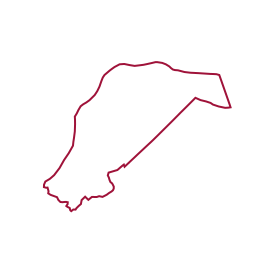 the district of Guaíra, Paraná, Brazil, rotated 47°
{"feature_id": "56859067B14850541028605", "entity_name": "Guaíra", "entity_type": "district", "adm_level": 2, "iso_a3": "BRA", "parent_name": "Brazil", "parent_adm1": "Paraná", "projection": "natural_earth1", "projection_center": [-54.219, -24.193], "detail": "fine", "context": "isolated", "style": "outline", "palette": "rose", "viewbox_px": 256, "rotation_deg": 47, "n_neighbors": 0, "source": "geoboundaries", "source_scale": "gbopen_adm2", "svg_char_len": 1624}
<svg xmlns="http://www.w3.org/2000/svg" viewBox="0 0 256 256"><g transform="rotate(47 128 128)"><path d="M151.5,25.1L149.0,26.6L146.7,28.8L144.4,31.1L136.0,39.0L130.1,44.7L125.6,48.5L119.9,52.1L117.6,54.2L115.8,55.3L113.5,55.7L111.2,55.8L107.2,56.9L103.7,58.6L99.9,61.6L98.5,63.1L96.4,66.8L93.8,71.2L92.4,73.5L90.9,75.6L88.2,79.3L87.1,80.8L83.1,83.9L78.6,87.1L75.7,90.7L74.2,96.3L73.7,100.2L73.5,102.3L73.2,109.1L73.9,112.0L75.4,115.2L78.3,120.7L80.1,125.4L81.2,129.9L81.4,137.2L80.9,141.1L80.1,144.6L79.8,147.8L81.0,151.9L82.4,155.5L83.4,159.1L85.8,161.1L89.1,164.1L94.3,169.3L98.2,174.0L100.8,177.3L103.4,180.3L106.0,188.5L107.8,196.5L110.6,205.4L112.1,214.2L111.9,219.8L110.8,225.0L112.2,228.1L113.9,229.8L115.9,228.6L116.7,227.5L120.0,229.2L121.4,230.9L124.1,230.2L130.2,227.1L133.1,228.0L136.0,227.9L137.6,226.5L138.7,225.0L139.8,223.7L141.2,222.7L142.5,224.1L143.0,226.3L144.3,226.1L146.7,225.2L148.8,226.3L150.1,226.2L150.3,223.6L151.9,222.0L151.5,220.5L151.4,218.3L151.4,216.5L151.5,214.3L149.1,211.1L149.0,206.2L153.5,206.0L153.8,201.4L157.1,198.0L158.2,195.6L161.0,193.6L161.7,191.2L162.3,189.1L162.6,186.2L163.2,183.4L163.3,181.5L162.6,179.8L161.2,178.4L159.3,177.8L157.7,177.4L155.5,177.7L153.3,176.9L151.2,175.8L148.9,175.1L147.4,172.6L151.5,164.4L151.7,158.6L151.9,156.0L154.0,156.9L153.9,139.2L153.9,128.4L153.9,118.2L153.8,114.3L153.1,91.3L153.0,88.6L152.8,83.9L152.6,79.2L152.5,75.4L152.4,71.8L152.3,68.9L152.0,60.3L151.9,58.1L157.1,55.9L161.8,52.8L166.0,50.5L168.8,49.9L174.1,47.0L179.5,43.2L181.5,40.8L182.8,38.9L180.5,37.8L156.8,27.4L151.5,25.1Z" fill="none" stroke="#9f1239" stroke-width="2"/></g></svg>